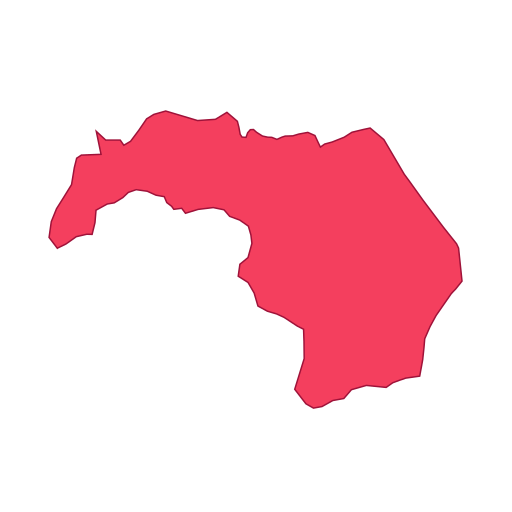 Psevdas, Larnaca, Cyprus (Equal Earth projection), rotated 98°
{"feature_id": "46923920B98368391425464", "entity_name": "Psevdas", "entity_type": "district", "adm_level": 2, "iso_a3": "CYP", "parent_name": "Cyprus", "parent_adm1": "Larnaca", "projection": "equal_earth", "projection_center": [33.47, 34.949], "detail": "fine", "context": "isolated", "style": "filled", "palette": "rose", "viewbox_px": 512, "rotation_deg": 98, "n_neighbors": 0, "source": "geoboundaries", "source_scale": "gbopen_adm2", "svg_char_len": 1786}
<svg xmlns="http://www.w3.org/2000/svg" viewBox="0 0 512 512"><g transform="rotate(98 256 256)"><path d="M113.4,160.8L115.7,167.1L120.1,178.2L126.1,185.2L132.5,196.4L135.6,203.6L139.2,207.4L134.7,210.4L128.5,214.4L126.4,221.9L129.3,230.6L131.9,236.3L133.2,243.8L134.7,246.9L137.6,251.5L136.3,256.9L136.7,260.9L136.3,266.3L133.4,272.7L131.1,276.1L131.7,279.2L135.1,281.4L139.9,282.4L140.2,286.4L137.7,288.6L130.8,290.9L125.2,293.2L117.8,304.8L126.3,315.2L130.0,332.7L125.0,365.6L130.0,376.9L135.4,383.4L147.7,389.5L159.9,396.2L164.7,402.3L160.1,406.6L162.1,421.0L154.8,431.5L176.9,423.6L180.4,443.0L184.1,447.2L193.7,448.2L211.0,448.6L224.9,454.7L236.9,460.1L250.5,463.5L266.4,463.5L276.0,453.8L275.7,453.5L270.5,445.8L261.9,436.7L258.0,426.6L257.4,421.3L245.4,420.1L232.9,420.8L225.2,410.5L223.1,403.8L216.7,396.0L210.8,391.3L207.0,383.9L207.0,378.5L207.0,372.7L209.7,363.5L210.0,355.1L215.5,351.8L218.5,346.5L221.2,343.9L219.1,336.2L223.5,331.8L217.9,319.8L214.0,305.1L214.7,294.1L220.4,287.6L222.7,277.1L227.5,267.7L235.8,264.0L244.1,261.8L258.7,263.7L266.4,270.8L278.5,270.8L283.3,260.2L292.9,252.7L305.3,247.1L309.1,237.0L310.5,227.5L312.8,219.8L319.7,205.2L321.9,198.7L333.8,196.6L350.9,194.0L382.6,199.1L395.4,186.0L398.3,178.7L398.6,177.9L395.9,169.7L388.4,159.8L384.9,149.2L375.1,142.9L368.8,128.7L368.0,108.8L363.1,103.6L362.4,102.8L358.7,95.9L357.5,93.4L357.1,92.6L356.2,91.0L355.9,90.1L352.2,77.2L350.8,77.1L349.6,77.1L348.2,77.0L347.5,77.0L343.4,76.8L335.6,76.5L323.5,76.9L314.5,77.4L301.6,73.8L289.9,69.4L288.5,68.7L266.3,57.5L264.1,56.0L261.9,54.4L261.1,53.8L252.2,48.5L220.0,56.5L216.0,59.1L203.3,72.5L200.6,75.3L183.2,92.7L177.4,98.5L166.9,108.5L160.5,114.6L154.5,120.5L126.3,142.9L122.9,145.6L113.4,160.8Z" fill="#f43f5e" stroke="#9f1239" stroke-width="1.5"/></g></svg>